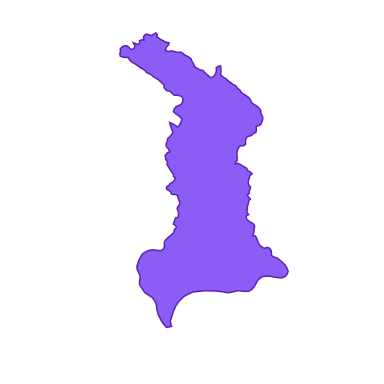 the district of Igrapiúna, Bahia, Brazil, rotated 111°
{"feature_id": "56859067B23298500408343", "entity_name": "Igrapiúna", "entity_type": "district", "adm_level": 2, "iso_a3": "BRA", "parent_name": "Brazil", "parent_adm1": "Bahia", "projection": "natural_earth1", "projection_center": [-39.239, -13.883], "detail": "fine", "context": "isolated", "style": "filled", "palette": "violet", "viewbox_px": 384, "rotation_deg": 111, "n_neighbors": 0, "source": "geoboundaries", "source_scale": "gbopen_adm2", "svg_char_len": 3979}
<svg xmlns="http://www.w3.org/2000/svg" viewBox="0 0 384 384"><g transform="rotate(111 192 192)"><path d="M327.6,167.3L324.8,162.9L322.5,164.6L320.3,166.0L316.6,166.2L309.4,166.6L304.5,166.3L299.6,165.4L292.5,162.2L289.1,159.3L285.0,155.3L281.9,149.2L280.0,145.5L276.3,135.5L274.5,129.0L273.7,124.8L273.2,122.4L271.2,118.9L268.7,115.4L267.4,112.8L265.9,107.3L264.3,103.4L261.9,101.4L258.6,100.1L254.9,99.5L251.3,99.1L248.7,97.9L246.0,96.3L244.5,93.6L242.9,89.9L242.4,87.5L242.0,85.2L240.5,78.5L238.9,76.0L236.7,74.3L233.9,73.7L231.5,73.9L229.7,75.5L227.2,78.1L226.0,80.7L224.6,84.2L223.1,88.9L223.3,92.4L222.8,95.1L220.8,95.9L218.3,97.0L216.7,99.2L216.7,102.1L218.2,103.3L218.6,105.7L217.4,109.6L215.7,111.7L213.8,113.6L211.8,115.2L210.4,117.1L210.9,119.7L207.6,119.8L204.4,120.7L201.3,121.4L199.9,122.8L199.3,125.6L198.8,128.5L197.8,131.3L194.9,133.0L192.8,131.0L191.1,133.8L188.7,133.9L186.3,135.0L183.2,135.2L179.7,135.8L177.6,134.9L176.5,137.4L175.0,139.2L172.5,138.0L170.8,138.8L168.9,138.8L166.5,139.0L165.0,141.8L162.1,143.3L158.8,143.6L155.6,143.7L153.4,142.4L152.5,144.8L152.1,147.3L150.2,149.7L149.9,152.3L149.4,154.4L149.0,156.7L148.8,159.6L150.2,161.6L148.5,162.0L146.5,161.1L143.9,162.1L140.7,163.7L136.6,164.6L133.8,164.4L131.6,163.4L130.1,160.1L128.0,159.1L125.9,160.1L123.0,160.8L120.3,160.1L118.9,157.9L117.2,156.4L115.3,155.6L113.6,153.7L110.8,154.2L108.1,155.5L106.4,153.8L104.2,151.9L102.0,151.9L100.2,151.9L97.8,152.3L95.8,153.6L94.6,155.2L93.1,156.4L91.1,157.1L89.5,159.8L88.5,162.3L88.1,165.1L87.3,168.3L85.0,170.5L83.4,173.1L82.5,176.5L81.9,179.9L81.3,182.0L79.7,183.8L78.9,186.6L77.1,189.3L76.8,192.8L76.0,194.9L75.7,197.1L74.9,198.9L74.0,200.9L73.8,202.9L73.2,205.0L72.4,207.3L69.2,208.1L64.0,210.5L65.2,212.4L67.2,213.9L70.4,212.6L73.7,212.5L76.7,213.3L78.5,215.3L77.6,218.4L76.8,220.8L75.8,223.3L74.6,225.1L75.1,229.0L74.6,231.6L74.3,234.1L72.2,236.1L70.1,238.7L67.9,240.8L66.9,244.5L66.9,247.3L65.9,250.1L65.4,252.3L66.3,254.4L67.1,256.8L67.2,259.1L67.6,261.9L69.4,264.6L69.1,267.7L65.8,267.8L63.2,266.6L61.0,266.9L61.5,270.8L61.0,273.4L60.9,275.7L60.2,278.1L59.9,280.4L57.5,280.8L56.4,282.7L58.5,284.3L60.4,285.8L60.6,288.2L61.0,291.3L62.7,292.6L65.1,292.8L67.2,291.2L68.0,293.6L69.5,295.1L71.6,294.4L73.8,295.4L73.6,297.8L73.7,300.3L75.6,298.1L77.8,297.3L79.8,298.5L80.9,300.3L79.5,302.8L78.9,305.4L80.0,307.9L81.7,309.3L84.2,310.3L86.4,309.1L88.8,308.9L90.8,307.8L90.9,305.0L90.0,301.6L89.2,299.5L90.8,298.1L92.2,295.1L92.6,292.5L93.0,290.0L93.9,286.7L94.7,284.3L94.8,282.1L95.4,279.5L96.8,277.2L97.0,274.7L97.1,272.3L98.2,269.4L98.8,266.0L99.2,263.6L100.9,259.3L102.3,256.1L104.4,255.6L106.0,253.1L106.4,251.1L105.7,248.7L107.1,245.9L108.0,243.1L107.1,240.9L106.5,238.4L106.6,235.6L107.9,234.0L111.1,233.0L114.4,233.7L116.3,235.8L118.0,237.4L121.0,238.4L123.7,238.1L125.0,234.5L125.8,230.9L127.5,227.5L130.3,227.4L134.2,227.7L136.3,228.6L136.0,231.0L135.3,233.8L135.1,237.8L137.3,236.3L139.0,234.8L140.7,233.5L142.6,231.5L144.6,231.2L146.6,231.9L148.9,232.8L151.0,233.9L153.4,233.2L155.9,233.5L158.5,232.6L160.6,229.0L162.4,227.2L164.4,229.1L167.7,230.1L170.9,228.3L172.5,225.7L175.3,225.2L180.8,218.0L182.1,215.7L184.1,214.9L184.8,212.6L187.8,212.6L190.2,213.9L192.1,215.5L194.1,215.9L196.0,217.5L198.3,217.0L198.8,214.7L199.3,212.3L201.0,210.9L201.2,208.8L200.1,206.4L200.7,204.1L202.2,203.0L203.9,201.8L205.7,200.0L208.5,198.9L210.6,200.0L212.7,200.0L214.9,198.1L217.3,196.6L220.7,196.1L222.3,198.1L225.5,198.0L228.6,197.9L229.2,195.3L230.7,193.8L233.3,194.9L236.4,194.5L239.5,195.9L241.8,197.3L245.3,199.0L247.8,199.9L250.2,199.4L252.8,198.1L255.8,198.3L257.9,200.1L258.9,203.1L259.6,206.7L261.1,210.0L262.8,212.2L265.9,215.0L268.3,216.3L274.8,217.1L278.6,217.0L281.6,216.7L284.3,215.1L287.2,212.1L289.1,210.3L291.0,209.6L294.0,209.1L297.4,207.6L301.5,202.0L303.1,199.2L304.6,191.7L307.0,187.8L310.0,184.8L313.9,182.9L317.6,180.3L319.6,178.4L323.3,174.4L325.7,170.9L327.6,167.3Z" fill="#8b5cf6" stroke="#5b21b6" stroke-width="1.5"/></g></svg>